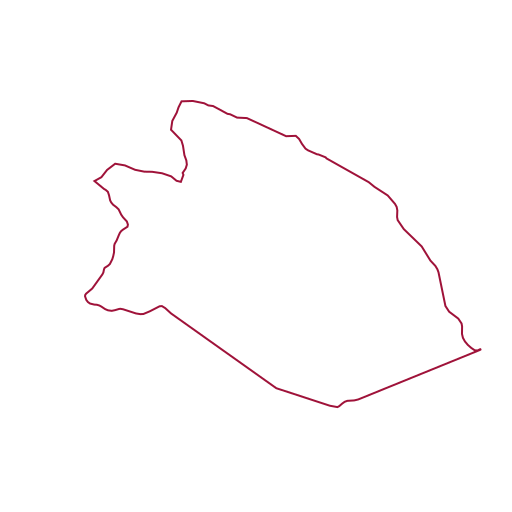 map outline of Karonga (Albers equal-area conic projection), rotated 338°
{"feature_id": "MWI-1194", "entity_name": "Karonga", "entity_type": "District", "adm_level": 1, "iso_a3": "MWI", "parent_name": "Malawi", "parent_adm1": "", "projection": "albers", "projection_center": [33.981, -10.031], "detail": "fine", "context": "isolated", "style": "outline", "palette": "rose", "viewbox_px": 512, "rotation_deg": 338, "n_neighbors": 0, "source": "natural_earth", "source_scale": "10m", "svg_char_len": 1824}
<svg xmlns="http://www.w3.org/2000/svg" viewBox="0 0 512 512"><g transform="rotate(338 256 256)"><path d="M244.9,84.7L255.5,88.6L264.9,94.8L265.3,95.1L268.2,98.5L272.4,100.9L282.8,113.5L285.1,114.9L290.3,120.6L299.2,124.7L328.8,156.2L337.9,159.5L339.8,163.6L340.6,169.2L342.1,175.0L343.8,177.5L350.6,184.5L352.0,185.3L357.5,190.6L357.9,191.9L388.2,229.8L391.7,236.2L400.8,249.2L404.4,259.8L404.8,263.2L404.1,266.7L401.4,272.7L400.8,275.8L403.1,286.4L413.2,309.2L416.0,325.6L418.6,332.4L419.2,336.2L419.1,339.5L412.9,373.3L414.2,380.0L420.1,389.8L421.3,395.6L420.7,398.5L417.8,405.4L417.2,409.4L417.4,411.0L417.7,413.5L419.1,417.8L421.1,421.8L423.5,425.4L426.1,426.6L428.8,426.4L429.8,426.7L428.4,427.0L297.0,427.3L293.0,426.7L286.4,424.5L283.6,424.4L280.7,425.1L276.9,426.4L274.9,426.6L268.4,422.5L225.3,386.2L155.7,277.4L152.3,270.3L150.0,267.2L147.8,266.5L136.8,267.5L129.9,267.6L127.0,266.6L123.2,264.3L112.8,255.6L110.4,254.1L109.1,253.8L105.0,253.4L101.7,252.8L98.4,250.9L96.2,248.7L93.7,245.0L92.2,243.2L90.2,241.6L87.9,240.5L84.3,237.9L82.9,235.7L82.2,233.1L82.4,229.3L83.0,228.2L84.3,227.3L92.0,224.8L106.7,215.5L108.3,214.1L110.1,211.4L111.2,210.3L115.1,209.6L117.5,208.7L121.6,205.1L123.6,202.6L125.7,199.5L128.4,193.3L129.5,191.8L132.7,189.3L136.6,185.3L138.5,183.5L140.3,182.4L142.6,181.7L147.8,180.7L149.0,178.9L149.2,175.6L147.2,170.3L146.5,167.1L146.1,161.3L144.8,158.4L142.7,154.9L141.8,152.1L141.6,149.8L142.5,144.5L142.7,141.0L141.4,138.4L140.2,136.9L134.3,126.0L142.2,125.0L150.2,120.4L160.0,117.7L168.4,122.9L176.2,130.8L184.1,136.0L191.2,139.0L199.9,144.1L207.2,150.4L210.5,156.5L214.1,159.1L219.1,153.6L219.1,151.5L223.6,148.5L226.1,145.4L227.2,141.3L227.4,135.7L229.6,126.4L230.1,120.9L224.5,107.1L229.0,99.4L236.2,93.4L239.9,89.1L244.9,84.7Z" fill="none" stroke="#9f1239" stroke-width="2"/></g></svg>